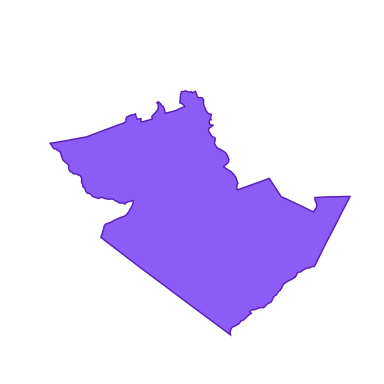 the district of Itapecuru Mirim, Maranhão, Brazil, rotated 37°
{"feature_id": "56859067B11839444489809", "entity_name": "Itapecuru Mirim", "entity_type": "district", "adm_level": 2, "iso_a3": "BRA", "parent_name": "Brazil", "parent_adm1": "Maranhão", "projection": "orthographic", "projection_center": [-44.34, -3.363], "detail": "fine", "context": "isolated", "style": "filled", "palette": "violet", "viewbox_px": 384, "rotation_deg": 37, "n_neighbors": 0, "source": "geoboundaries", "source_scale": "gbopen_adm2", "svg_char_len": 3512}
<svg xmlns="http://www.w3.org/2000/svg" viewBox="0 0 384 384"><g transform="rotate(37 192 192)"><path d="M49.4,238.5L51.6,239.2L53.6,239.9L55.7,240.5L57.6,239.6L62.3,239.4L63.9,240.0L65.0,241.1L69.4,244.0L70.9,244.3L75.8,244.5L77.5,245.1L78.9,246.9L80.2,248.1L82.3,248.9L84.7,248.5L86.5,248.8L87.9,247.5L89.9,247.1L91.8,246.4L93.4,246.3L95.5,247.4L96.8,249.0L98.1,250.9L100.3,251.7L101.6,253.3L104.5,253.7L106.9,255.5L109.4,255.8L110.7,255.1L112.7,254.6L114.9,255.3L117.1,254.9L119.3,254.1L121.5,253.3L121.9,251.8L123.3,250.5L126.4,249.6L129.8,247.9L131.8,246.2L133.6,244.9L135.3,245.3L137.0,244.7L138.9,244.7L140.6,244.4L142.0,243.5L143.8,242.1L145.6,242.1L146.0,239.9L146.7,238.5L147.7,237.3L148.9,235.9L150.1,234.2L151.2,235.3L151.8,236.7L152.7,239.8L152.9,242.6L153.2,244.8L153.4,248.5L153.0,251.3L151.3,253.8L149.3,257.0L148.0,259.5L146.8,261.6L146.1,263.6L145.3,265.0L144.0,267.2L142.5,269.2L142.2,271.5L142.8,272.9L143.8,275.0L144.7,277.7L145.4,279.6L146.5,283.1L196.1,283.5L226.1,283.3L249.0,283.3L263.2,283.2L308.7,282.9L306.5,280.8L305.5,277.4L305.7,275.1L306.8,273.7L307.5,272.0L308.8,268.9L308.7,265.5L310.1,263.5L310.6,261.1L310.9,258.6L311.2,256.8L311.6,255.1L312.4,253.2L310.1,252.7L310.6,250.2L311.9,249.1L313.1,248.0L315.0,244.8L316.2,243.0L318.4,241.7L319.2,240.0L319.1,237.9L319.6,236.0L320.5,234.0L321.5,232.1L320.9,229.6L320.3,225.9L321.2,223.7L321.2,221.8L321.0,219.4L321.6,217.3L321.4,215.0L321.0,212.9L320.6,210.7L321.2,208.3L321.9,206.3L322.8,204.4L324.0,202.1L325.7,197.9L325.3,195.1L324.8,192.8L326.2,191.2L327.0,189.9L327.4,188.3L328.0,186.6L329.9,183.2L331.6,181.8L332.8,179.4L334.6,177.8L333.3,170.9L330.1,154.2L327.5,138.7L321.2,102.3L320.8,100.5L301.4,115.8L293.5,122.5L294.9,124.3L298.0,126.0L299.6,127.5L300.9,130.0L300.7,132.0L301.2,134.8L286.9,137.6L276.5,139.8L274.7,140.1L265.9,142.0L245.4,134.6L242.0,140.2L226.9,163.1L225.3,161.7L223.9,159.9L223.4,157.4L221.4,156.1L219.5,154.9L218.2,153.9L216.5,153.4L214.6,152.7L210.9,152.2L209.1,152.4L206.4,152.7L203.5,152.8L202.0,152.7L202.3,150.8L202.7,149.2L203.1,147.6L202.8,145.5L201.6,143.6L199.2,142.1L196.2,140.6L194.6,140.4L191.7,140.6L190.0,140.7L188.5,141.0L186.9,141.3L185.2,141.4L183.1,140.8L180.7,139.7L179.5,137.2L178.5,135.3L176.8,135.0L174.9,135.7L171.3,134.3L169.6,133.8L168.2,132.9L167.4,131.6L167.5,129.9L168.2,128.1L168.6,126.1L166.5,127.0L164.6,126.9L163.6,125.7L162.7,124.4L163.9,122.7L162.2,121.8L161.7,120.3L160.8,118.5L159.4,118.7L157.9,119.5L156.2,119.1L154.0,118.5L152.6,117.4L150.3,116.3L148.9,115.4L147.2,113.4L146.1,111.8L144.1,110.6L141.9,111.4L140.9,112.5L139.3,113.0L136.5,111.0L134.2,109.5L133.4,111.1L132.6,112.7L131.0,112.2L130.0,113.8L128.1,114.6L126.1,115.0L125.1,116.4L123.2,118.3L124.3,121.0L125.8,123.6L126.8,125.1L127.5,126.5L128.8,128.0L130.6,127.5L132.8,127.5L134.9,128.3L133.9,129.5L131.1,134.3L130.5,136.1L123.2,145.4L121.7,143.8L119.8,142.4L117.7,141.0L115.8,141.2L113.8,140.4L111.0,140.2L110.2,141.9L111.9,142.2L113.2,143.5L114.2,145.0L115.1,146.6L115.0,148.8L115.1,150.8L114.6,153.7L114.5,155.9L116.3,157.7L115.4,159.0L109.3,166.9L107.0,164.1L105.8,165.7L104.3,166.8L103.0,166.0L101.6,165.2L99.8,163.7L98.2,166.2L97.0,167.1L96.2,168.7L94.7,171.5L95.3,173.6L96.4,174.8L96.6,176.8L95.3,179.2L93.9,181.1L92.1,183.8L91.2,185.1L90.5,186.4L88.4,189.7L86.8,192.2L85.4,194.4L83.0,198.1L80.7,201.8L79.0,204.4L77.1,207.5L76.2,208.8L75.4,210.2L74.1,212.0L71.7,214.6L69.9,216.5L68.3,218.3L66.1,220.7L64.2,222.7L62.9,224.3L49.4,238.5Z" fill="#8b5cf6" stroke="#5b21b6" stroke-width="1.5"/></g></svg>